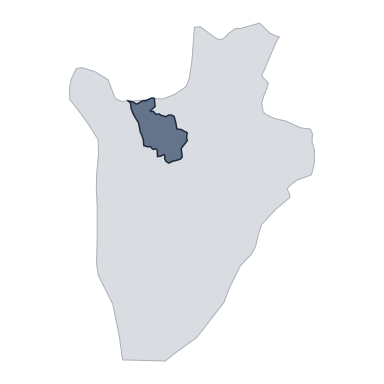 location of Kayanza within Burundi
{"feature_id": "BDI-2640", "entity_name": "Kayanza", "entity_type": "Province", "adm_level": 1, "iso_a3": "BDI", "parent_name": "Burundi", "parent_adm1": "", "projection": "natural_earth1", "projection_center": [29.667, -2.994], "detail": "fine", "context": "in_parent", "style": "filled", "palette": "slate", "viewbox_px": 384, "rotation_deg": 0, "n_neighbors": 0, "source": "natural_earth", "source_scale": "10m", "svg_char_len": 1840}
<svg xmlns="http://www.w3.org/2000/svg" viewBox="0 0 384 384"><path d="M279.3,36.8L276.6,40.9L264.1,70.4L261.7,74.9L263.1,77.6L268.4,83.2L265.3,92.5L264.0,95.0L261.7,103.6L263.0,111.6L266.0,114.5L274.1,118.4L286.2,121.2L300.5,127.8L310.2,129.0L312.5,133.8L312.0,142.3L314.4,149.7L314.4,163.0L311.5,174.7L296.8,180.2L289.2,186.1L287.1,189.2L289.0,192.7L290.0,197.4L276.1,209.0L261.8,224.2L258.4,234.5L255.5,246.6L251.3,254.3L240.5,265.5L229.4,287.9L223.9,302.5L196.7,337.5L172.5,355.0L165.4,361.0L122.6,359.9L119.3,336.3L112.8,304.1L98.1,275.0L96.5,262.9L97.2,239.4L97.2,206.4L96.3,188.7L96.6,175.7L98.5,153.2L98.2,139.8L88.5,124.3L76.5,107.8L69.9,99.8L69.6,93.3L69.6,87.3L71.5,78.5L76.2,68.7L81.5,67.6L94.6,71.5L108.1,79.8L115.3,98.5L120.8,101.2L130.8,101.2L156.4,98.7L162.8,99.0L174.4,94.5L185.9,86.7L189.3,78.5L192.0,60.2L194.4,27.2L200.3,26.8L216.4,38.6L219.9,39.4L223.3,39.0L228.9,33.1L235.8,28.4L240.8,28.5L259.6,23.0L269.6,33.0L276.0,36.1L279.3,36.8Z" fill="#d9dde1" stroke="#a8b0b8" stroke-width="1"/><path d="M152.0,97.9L153.0,98.0L154.4,98.5L154.4,99.5L155.1,106.5L150.1,110.8L151.7,111.7L153.2,111.2L156.1,114.4L157.8,114.1L159.4,114.0L160.8,115.2L165.8,116.7L168.6,115.1L171.3,115.0L174.1,116.4L175.6,121.8L176.9,129.0L181.8,129.6L183.7,131.1L185.8,131.8L187.3,132.9L186.8,135.0L186.6,137.9L187.3,140.6L181.2,148.4L182.2,156.9L180.7,158.9L178.6,159.7L175.4,160.7L172.1,161.3L170.5,162.5L168.5,163.0L166.0,161.4L164.6,158.6L164.8,156.2L164.0,154.5L160.6,156.2L157.5,156.6L157.2,150.1L155.5,148.7L153.4,149.5L152.0,148.6L150.7,146.8L147.4,146.7L143.8,145.7L143.4,140.3L141.8,135.2L140.4,132.3L138.5,122.8L135.1,117.3L132.7,112.7L131.0,107.9L130.7,103.5L128.2,100.9L133.2,102.0L136.3,104.1L138.9,103.1L141.5,101.2L144.5,100.7L145.9,100.8L146.9,100.3L148.0,99.6L152.0,97.9Z" fill="#64748b" stroke="#1e293b" stroke-width="1.5"/></svg>